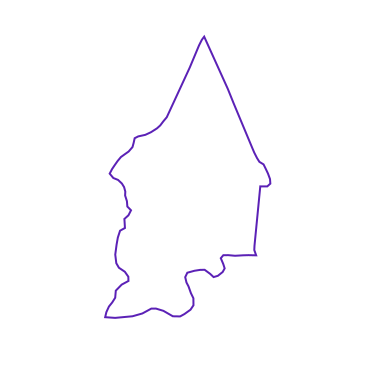 the district of Laranjeiras, Sergipe, Brazil, rotated 112°
{"feature_id": "56859067B9922653305516", "entity_name": "Laranjeiras", "entity_type": "district", "adm_level": 2, "iso_a3": "BRA", "parent_name": "Brazil", "parent_adm1": "Sergipe", "projection": "equal_earth", "projection_center": [-37.164, -10.802], "detail": "fine", "context": "isolated", "style": "outline", "palette": "violet", "viewbox_px": 384, "rotation_deg": 112, "n_neighbors": 0, "source": "geoboundaries", "source_scale": "gbopen_adm2", "svg_char_len": 1347}
<svg xmlns="http://www.w3.org/2000/svg" viewBox="0 0 384 384"><g transform="rotate(112 192 192)"><path d="M43.4,238.9L47.3,239.9L53.5,240.4L77.3,240.7L132.1,243.4L137.4,245.1L142.2,246.4L146.1,248.3L152.0,252.5L156.5,256.7L160.6,262.7L163.6,265.3L168.4,264.5L172.6,264.0L178.2,265.9L182.4,268.6L186.2,271.0L191.2,272.6L196.4,273.8L200.7,274.7L205.8,275.2L208.5,270.2L208.5,265.1L210.4,260.2L212.9,256.8L216.6,254.0L220.3,252.7L224.9,248.9L229.7,246.5L231.8,241.7L237.4,242.2L242.3,244.6L245.6,243.0L250.5,240.7L254.8,244.2L262.0,243.7L269.1,242.2L278.8,239.7L286.4,235.5L289.6,231.4L291.1,224.4L294.4,219.3L298.3,217.6L304.2,222.5L312.0,225.7L318.8,223.6L324.3,224.6L329.3,226.1L335.4,226.4L340.6,225.6L337.5,216.1L329.5,200.6L323.2,192.5L315.3,186.0L313.6,181.8L312.9,174.0L314.4,163.2L311.8,156.4L308.0,153.3L301.7,149.3L296.5,148.2L290.0,150.9L286.2,155.1L280.8,159.9L278.0,163.2L273.5,166.4L268.6,166.1L264.1,160.2L261.1,155.2L259.4,151.1L261.1,144.5L262.8,140.1L260.0,136.6L254.7,133.6L250.6,133.1L247.1,136.0L242.6,140.5L238.9,139.3L237.0,134.8L235.0,128.2L231.6,121.0L229.4,116.0L226.7,108.8L222.5,112.5L218.5,113.9L161.2,130.8L158.6,124.3L154.9,122.5L150.8,124.5L146.4,128.5L142.9,132.3L139.6,136.0L138.8,140.8L136.2,144.4L132.1,149.1L128.3,152.9L94.3,186.5L83.1,197.3L43.4,238.9Z" fill="none" stroke="#5b21b6" stroke-width="2"/></g></svg>